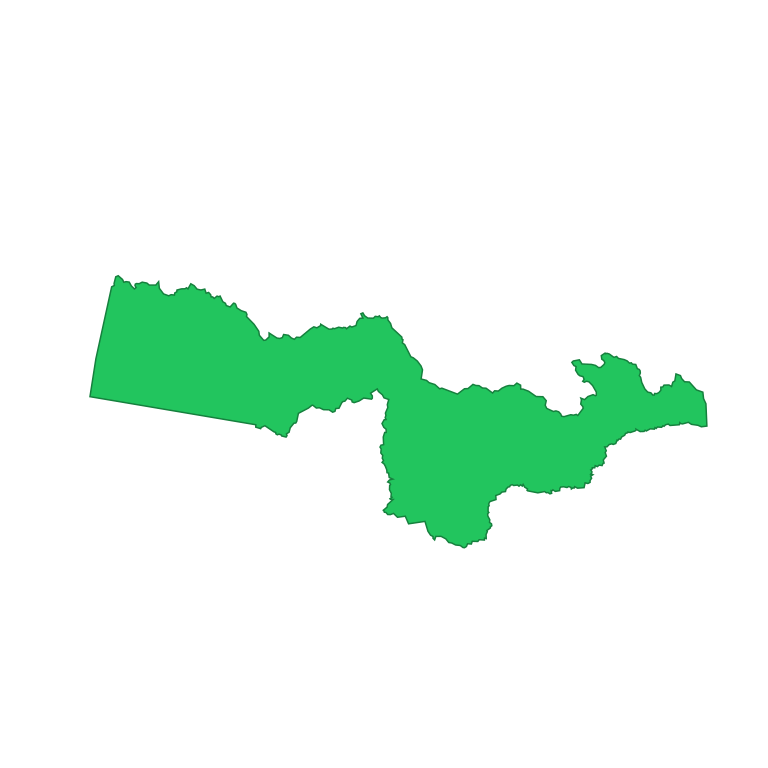 the district of Chitipa, Chitipa, Malawi, rotated 130°
{"feature_id": "42251766B85605316960959", "entity_name": "Chitipa", "entity_type": "district", "adm_level": 2, "iso_a3": "MWI", "parent_name": "Malawi", "parent_adm1": "Chitipa", "projection": "natural_earth1", "projection_center": [33.265, -9.968], "detail": "fine", "context": "isolated", "style": "filled", "palette": "green", "viewbox_px": 768, "rotation_deg": 130, "n_neighbors": 0, "source": "geoboundaries", "source_scale": "gbopen_adm2", "svg_char_len": 6171}
<svg xmlns="http://www.w3.org/2000/svg" viewBox="0 0 768 768"><g transform="rotate(130 384 384)"><path d="M457.7,217.1L455.5,216.4L452.7,217.3L450.4,214.2L447.8,215.3L444.3,210.9L442.1,211.0L439.0,206.8L437.5,207.9L436.7,206.3L433.8,209.0L430.6,210.0L430.1,211.0L425.9,210.0L425.0,210.7L423.3,210.3L422.0,211.8L422.2,214.2L420.0,215.7L418.4,219.6L416.7,221.2L415.0,221.1L414.8,222.3L411.1,225.3L409.7,225.2L408.5,226.8L406.0,227.3L400.5,223.9L397.6,226.7L393.6,224.4L391.0,224.2L388.3,221.8L386.2,222.9L383.3,222.8L381.9,221.7L380.5,222.1L378.7,221.1L378.4,219.4L375.6,216.8L375.5,214.9L373.4,214.6L373.3,212.5L371.5,212.9L372.6,209.9L372.1,206.6L373.5,206.1L373.5,205.3L368.5,196.2L363.1,191.8L363.0,189.8L361.7,188.5L361.5,186.3L360.0,185.3L358.2,187.5L357.5,186.5L356.5,186.6L356.2,183.8L352.8,180.9L351.0,182.2L349.4,182.4L347.2,180.3L345.7,177.3L343.8,176.6L343.0,174.3L344.0,173.0L342.1,172.5L341.6,171.5L340.1,172.0L339.4,168.8L334.8,164.1L330.4,166.4L329.2,163.9L326.9,162.9L325.5,164.1L322.7,164.4L321.8,166.5L319.3,165.7L320.2,167.7L318.6,167.6L317.4,168.5L317.0,170.4L315.1,169.9L314.3,170.6L312.7,168.7L310.8,169.7L310.1,167.4L307.9,167.1L306.3,164.5L303.9,165.2L303.1,164.6L301.2,167.2L296.3,167.2L294.3,170.5L292.3,170.8L290.3,174.5L288.8,172.8L285.6,172.6L283.4,171.0L283.0,169.6L280.6,168.2L277.2,169.4L277.1,168.6L275.0,168.6L274.2,167.3L271.8,167.9L268.6,166.7L266.6,167.2L264.7,166.0L264.1,166.3L262.9,164.2L258.6,161.5L257.1,161.2L256.6,161.9L255.8,157.2L253.2,154.3L251.6,154.3L251.4,152.9L247.2,151.2L244.7,147.8L243.2,148.4L243.0,146.9L241.2,146.9L238.7,143.5L236.7,143.5L236.4,142.3L234.2,142.1L232.0,140.5L231.9,138.2L225.4,131.6L223.5,132.5L223.7,131.3L222.6,129.6L217.7,126.2L217.3,122.6L213.8,116.9L212.8,113.4L208.7,109.6L192.2,124.7L189.8,129.8L185.3,134.5L187.7,140.9L186.2,151.4L189.1,155.2L188.5,159.5L187.0,162.3L188.6,166.8L194.7,163.2L197.0,163.9L201.1,162.1L201.6,165.1L204.9,168.8L207.1,168.5L208.5,169.9L210.8,167.9L213.8,167.9L216.0,168.8L217.3,170.6L218.8,169.9L219.7,171.0L219.2,173.9L220.7,176.8L220.1,181.1L217.1,187.6L213.9,191.7L213.5,193.8L210.8,194.7L209.2,196.4L208.8,197.9L209.4,199.8L207.2,203.7L209.1,206.4L208.8,208.2L210.2,209.3L210.0,212.6L210.9,215.7L213.7,220.9L213.4,223.5L215.8,225.0L216.2,230.7L217.2,233.0L218.3,233.5L218.2,234.5L222.6,235.8L225.0,233.1L224.8,230.7L225.6,228.6L227.4,228.0L231.9,228.6L233.5,230.1L233.8,233.9L235.6,237.6L241.4,245.2L239.9,249.9L244.7,253.8L246.7,254.0L247.8,250.4L247.2,248.1L250.3,246.1L251.9,241.4L251.8,239.2L250.4,236.3L251.8,233.7L254.2,233.5L253.9,231.7L251.7,230.6L250.6,228.4L251.1,223.2L253.7,216.2L256.2,214.1L257.1,214.5L257.8,217.0L262.5,219.7L267.0,220.3L268.3,224.1L269.2,222.6L272.9,220.4L273.5,217.2L274.6,215.8L283.6,215.3L283.7,217.2L286.0,218.7L287.5,221.2L293.3,225.1L294.5,227.2L293.4,229.3L293.0,232.3L294.1,235.0L296.2,236.6L298.1,243.6L296.7,246.8L292.5,249.0L291.6,254.1L295.8,259.4L296.6,268.6L298.5,274.1L300.0,276.0L297.1,278.6L297.9,282.8L301.8,283.4L304.7,287.2L307.2,289.0L311.5,291.0L315.9,291.9L318.1,294.9L321.1,295.0L321.6,303.1L323.8,306.0L324.2,310.2L326.1,312.7L327.1,315.6L333.5,316.7L335.9,319.3L344.5,321.2L350.0,337.0L351.9,338.3L351.7,344.7L354.0,350.3L353.9,353.7L356.3,358.8L348.4,363.6L346.4,367.2L345.0,373.2L345.1,378.4L345.9,380.9L340.5,393.5L340.7,396.4L337.9,397.9L338.0,399.1L336.6,400.5L335.9,414.1L333.4,417.9L332.4,422.2L330.7,423.8L330.5,424.9L332.3,425.4L334.6,427.6L335.2,429.2L334.8,431.4L336.2,431.7L337.8,434.2L340.4,434.4L343.9,438.8L344.2,442.7L343.1,445.9L345.1,446.9L347.1,442.5L349.3,444.8L353.4,444.8L357.2,443.0L361.1,445.3L361.5,447.3L365.8,448.2L365.5,449.7L366.7,451.4L367.7,451.6L369.6,455.2L373.5,457.5L374.1,459.0L375.4,459.2L377.4,461.4L378.9,470.9L380.0,470.1L384.1,471.5L385.3,474.5L389.3,475.8L402.2,478.1L404.4,481.1L407.4,481.4L408.3,484.6L408.1,488.5L410.6,492.7L413.8,491.7L416.1,493.1L417.6,495.5L418.8,504.8L421.7,502.3L426.4,502.8L427.9,504.2L426.8,510.8L424.1,513.8L421.8,521.9L420.7,532.7L418.8,533.7L417.8,535.9L419.6,540.5L420.3,545.5L418.3,548.9L418.2,550.1L418.8,551.2L423.9,551.4L425.3,555.2L424.1,557.4L424.6,560.3L422.0,566.1L423.3,566.6L424.0,568.4L427.6,569.1L427.4,571.2L428.4,572.4L427.0,574.2L426.6,577.2L428.8,578.6L426.5,582.3L429.7,584.7L431.5,588.1L430.7,592.6L431.4,596.4L437.2,595.3L437.2,597.1L439.0,597.7L441.4,600.4L445.1,603.0L446.6,602.0L448.7,602.8L450.6,601.7L452.4,604.5L454.8,605.6L456.7,610.8L455.1,617.6L450.5,622.4L454.9,622.4L459.1,627.4L459.1,630.5L461.4,634.7L464.5,636.0L466.2,638.2L467.3,638.7L468.6,638.1L469.5,635.9L471.6,636.3L471.3,640.5L469.7,644.7L471.4,647.4L473.3,648.7L472.0,651.5L471.9,657.2L474.3,658.4L480.5,655.4L481.9,653.9L484.6,655.1L549.9,620.9L582.7,601.1L497.6,456.0L499.5,454.5L497.5,449.8L496.1,450.1L492.5,448.4L491.4,437.6L490.7,435.8L491.7,434.8L491.5,433.1L489.9,432.2L489.1,430.0L489.6,429.0L487.6,424.9L485.9,425.1L484.9,426.7L482.0,425.7L477.8,427.7L471.9,427.8L470.6,426.5L468.8,426.8L461.5,430.7L451.0,426.4L446.6,425.5L446.0,424.9L445.9,420.4L443.7,418.2L442.6,413.9L439.1,409.5L438.6,405.2L436.5,404.0L433.8,405.2L431.5,402.9L425.6,404.3L424.1,404.3L422.2,402.9L418.4,402.9L417.0,398.4L418.2,396.9L417.5,394.9L413.1,392.2L407.8,390.5L403.6,383.8L402.4,383.8L400.6,385.3L399.7,388.4L392.1,386.0L393.3,383.5L393.3,378.3L394.6,375.1L392.8,370.4L397.7,368.2L399.5,366.0L405.4,364.2L406.9,362.3L409.0,361.5L409.9,359.6L411.3,360.9L415.6,360.1L417.3,356.3L417.3,353.3L419.7,351.2L420.7,352.3L425.1,350.5L430.7,345.3L432.8,347.0L434.9,346.5L435.6,344.4L438.9,342.1L439.5,339.1L442.0,337.6L442.9,335.2L445.3,335.1L445.2,332.6L446.1,330.2L448.0,326.7L450.0,324.7L449.3,323.2L452.3,319.9L451.2,316.1L454.0,318.1L456.7,318.2L456.1,315.7L456.9,314.3L458.0,314.5L461.4,311.9L463.1,308.1L465.7,306.3L465.6,305.1L468.1,305.7L468.2,304.9L466.6,302.8L474.0,303.8L476.3,302.5L481.8,303.5L480.9,302.9L482.0,301.3L481.1,299.9L481.6,297.3L480.0,295.2L477.0,293.5L477.4,288.0L471.6,282.7L475.3,275.3L462.9,264.3L468.6,255.6L469.9,251.1L469.3,248.4L470.7,247.3L470.9,245.0L467.4,246.3L464.0,242.3L462.9,237.1L463.8,232.5L462.3,230.0L461.3,225.7L458.7,221.8L458.5,218.4L457.7,217.1Z" fill="#22c55e" stroke="#15803d" stroke-width="1.5"/></g></svg>